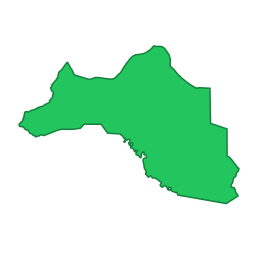 outline of Nueva Arcadia, Copán, Honduras, rotated 267°
{"feature_id": "27666195B2783617949739", "entity_name": "Nueva Arcadia", "entity_type": "district", "adm_level": 2, "iso_a3": "HND", "parent_name": "Honduras", "parent_adm1": "Copán", "projection": "mercator", "projection_center": [-88.713, 15.107], "detail": "fine", "context": "isolated", "style": "filled", "palette": "green", "viewbox_px": 256, "rotation_deg": 267, "n_neighbors": 0, "source": "geoboundaries", "source_scale": "gbopen_adm2", "svg_char_len": 5752}
<svg xmlns="http://www.w3.org/2000/svg" viewBox="0 0 256 256"><g transform="rotate(267 128 128)"><path d="M124.8,43.5L129.7,58.4L130.3,62.5L129.7,69.2L129.7,74.1L130.2,80.3L134.1,84.5L133.1,101.5L123.9,107.3L122.4,120.1L122.0,120.2L121.7,120.4L121.1,121.3L120.0,122.4L119.6,122.7L118.9,122.9L117.9,123.5L117.6,124.0L117.8,124.4L117.8,124.5L117.6,124.7L117.4,124.9L117.2,124.9L116.8,124.9L116.0,124.5L115.8,124.3L115.1,123.5L114.8,123.3L114.3,123.2L114.1,123.3L114.0,123.5L113.9,123.8L114.2,124.2L114.4,124.4L115.0,124.7L115.5,125.0L116.2,126.7L116.5,127.6L116.6,128.0L116.5,128.7L116.3,129.2L116.1,129.3L115.8,129.3L114.6,128.9L114.0,128.9L113.9,128.8L113.2,128.0L113.0,127.8L112.7,127.8L112.3,128.0L111.0,128.5L110.8,128.7L110.6,129.1L110.6,129.5L110.7,129.8L110.8,129.9L112.5,129.9L112.8,130.1L113.0,130.3L113.0,130.9L112.8,131.5L112.4,131.7L111.8,131.8L110.8,131.8L110.5,131.7L110.3,131.6L110.0,131.1L109.4,129.9L109.1,129.5L108.6,129.5L108.0,129.7L107.9,129.9L107.6,131.4L107.4,131.6L107.3,131.9L106.7,132.2L105.6,132.8L104.8,133.1L104.2,133.2L104.0,133.4L104.1,133.7L104.4,134.0L105.1,134.3L105.5,134.5L105.3,135.5L105.2,135.9L105.0,136.1L104.7,136.3L104.4,136.2L103.4,135.2L102.8,134.8L101.9,134.6L101.2,134.7L101.0,134.8L100.8,135.0L100.6,135.4L100.4,136.3L100.0,136.9L99.1,137.7L98.3,138.2L97.9,138.5L97.7,138.8L97.7,139.1L97.8,139.4L98.1,139.6L98.6,139.8L100.9,139.9L102.7,141.2L103.0,141.6L103.2,142.0L103.1,142.5L102.8,142.8L102.7,142.9L101.6,142.7L100.7,142.5L100.5,142.8L100.1,143.3L100.0,144.2L99.7,144.5L99.0,144.9L98.2,145.0L97.7,144.9L97.4,144.6L96.9,142.8L96.6,142.0L96.1,141.6L95.6,141.4L94.5,141.4L92.9,141.5L89.9,142.0L87.3,142.2L86.3,142.5L85.8,142.8L85.1,143.3L84.5,143.6L84.2,143.7L83.2,143.7L82.3,143.6L81.9,143.6L81.8,143.3L81.5,143.1L81.3,143.1L81.0,143.2L80.7,143.4L79.1,144.8L78.2,145.4L77.8,145.7L77.8,145.9L77.9,146.2L79.2,147.8L79.2,148.0L79.2,148.3L77.1,149.5L76.9,149.7L76.7,150.2L77.0,150.8L76.9,151.5L76.7,151.9L76.1,152.9L75.8,153.9L73.3,156.6L72.5,158.0L72.0,158.4L71.7,158.4L71.1,158.2L70.4,157.7L69.7,157.3L69.4,157.2L69.2,157.1L68.8,157.3L67.2,158.5L67.1,159.0L67.2,159.6L67.5,159.9L67.8,160.1L68.1,160.3L68.4,161.0L68.5,161.7L68.2,162.3L67.7,163.0L67.1,163.5L66.4,163.9L65.8,164.2L65.1,164.3L64.7,164.4L64.0,164.9L63.7,165.2L63.7,165.4L63.7,165.6L63.8,165.8L64.3,165.9L64.5,165.9L65.3,165.3L65.6,165.2L66.1,165.2L66.5,165.4L66.7,165.7L66.7,166.2L66.5,166.7L66.1,167.5L66.0,168.2L65.8,168.3L65.5,168.3L65.3,168.1L64.8,167.6L64.2,167.3L63.8,167.3L63.4,167.6L62.9,168.1L62.5,168.8L61.9,170.3L61.1,172.2L61.0,173.5L58.4,174.3L47.4,222.2L54.3,234.3L55.1,234.1L55.6,233.9L56.4,233.4L57.2,232.8L57.9,232.4L59.2,232.0L60.6,231.8L61.3,231.6L62.6,230.9L62.9,230.6L63.0,230.3L63.6,228.1L63.8,227.7L65.8,228.1L66.7,228.7L67.7,229.4L68.4,229.8L70.8,230.2L72.0,230.6L72.4,230.8L72.7,231.2L73.6,232.5L74.2,233.1L75.0,233.4L77.5,234.1L77.9,234.4L78.9,235.7L79.3,236.0L80.6,236.5L81.9,236.6L82.0,236.6L82.3,235.7L82.5,235.4L82.8,235.2L83.3,234.9L84.1,234.6L85.1,234.0L88.2,231.6L89.3,231.0L90.3,230.3L92.6,228.5L93.5,227.6L94.0,227.0L94.3,226.3L94.6,225.5L121.9,226.8L128.3,210.7L163.4,211.9L164.0,206.3L164.4,202.1L164.5,200.8L164.4,199.8L164.3,199.6L164.1,199.1L164.0,198.9L164.2,198.4L164.8,197.3L166.0,195.4L167.5,193.1L168.5,191.9L170.9,188.9L175.2,184.1L175.7,183.6L176.6,183.0L177.3,182.4L177.8,181.9L178.2,181.2L178.5,180.9L183.6,177.2L184.7,176.2L187.0,173.9L187.4,173.7L187.9,173.5L188.6,173.4L193.7,173.9L198.5,173.0L199.9,172.3L203.1,170.3L205.3,168.9L206.0,168.2L206.5,167.6L207.0,166.8L207.4,166.1L207.7,165.1L207.8,164.4L208.0,160.4L208.6,158.5L208.6,158.1L208.0,157.3L206.4,155.9L205.0,154.3L204.4,153.4L203.7,151.9L202.7,150.5L202.2,149.6L201.7,147.9L201.2,146.0L200.7,139.6L200.3,138.3L199.7,137.0L198.7,135.6L197.2,133.8L196.7,133.3L195.3,132.3L194.2,131.3L193.2,130.3L188.2,126.5L184.9,124.4L183.4,123.2L183.1,122.9L182.5,121.8L181.7,120.8L179.9,119.1L178.9,117.8L178.5,117.2L178.2,116.5L178.0,115.9L177.8,115.0L177.7,113.1L177.9,111.6L179.6,102.7L180.0,100.2L180.1,98.9L180.1,98.0L179.9,97.0L179.3,95.2L178.7,93.4L178.6,92.8L178.6,92.1L178.9,91.0L179.3,89.6L180.5,86.4L182.2,81.5L183.4,78.3L183.6,77.8L183.9,77.4L184.4,77.0L185.1,76.6L186.0,76.2L187.7,75.7L188.7,75.2L189.5,74.8L190.4,74.2L191.7,73.5L196.0,71.5L196.4,71.3L196.6,71.0L196.7,70.7L196.1,70.0L192.6,67.1L191.6,66.4L190.4,65.5L189.5,64.6L187.4,61.9L184.9,61.1L183.2,60.7L182.0,60.2L179.6,58.5L175.2,54.2L174.3,54.3L173.4,54.1L173.1,53.9L172.5,52.9L170.9,53.1L169.7,53.4L169.0,53.8L168.3,54.3L167.9,54.9L167.6,55.3L167.1,55.5L166.7,55.5L166.2,55.3L165.7,54.8L165.2,54.5L164.9,54.4L164.3,54.5L163.5,54.5L162.8,54.4L162.3,53.9L161.8,53.3L161.0,52.6L160.7,52.2L159.8,51.8L159.6,51.1L158.9,51.2L158.1,51.0L157.9,50.9L157.6,50.6L157.1,49.6L156.4,47.9L156.0,46.7L154.1,43.7L154.0,43.1L153.9,42.3L153.9,41.6L153.1,40.8L153.3,39.7L153.3,39.3L152.9,38.6L152.4,38.4L152.3,38.2L152.2,38.0L152.2,37.6L152.0,36.9L151.7,36.3L151.2,35.6L150.9,32.7L150.4,31.9L149.9,30.9L149.5,30.1L149.3,29.4L149.3,28.8L149.5,28.3L149.7,27.9L149.7,27.7L149.5,27.2L149.5,26.5L149.4,26.1L149.2,26.0L146.7,25.0L145.8,24.9L145.1,25.0L144.0,24.2L143.4,24.3L142.8,24.3L142.7,24.2L142.7,23.9L141.9,23.4L141.3,23.1L140.6,23.1L140.4,23.1L140.2,22.9L139.3,21.1L139.1,21.0L138.7,20.8L138.5,20.6L138.2,20.2L138.1,19.8L136.5,19.4L136.2,19.4L135.9,19.5L135.5,19.8L135.3,20.0L135.1,20.4L135.0,20.9L135.0,22.2L134.8,22.7L134.0,23.9L132.2,25.2L131.9,25.5L131.3,26.5L130.7,28.3L130.3,28.6L129.8,28.9L129.5,29.0L128.7,29.2L128.3,29.4L128.0,29.6L127.7,30.1L126.9,31.9L125.6,32.9L125.1,34.3L124.6,34.9L124.1,35.2L123.9,35.5L124.1,36.0L124.7,37.1L124.6,38.3L124.6,38.5L124.8,38.9L125.5,40.1L125.7,40.8L125.7,41.5L125.2,42.7L124.8,43.5Z" fill="#22c55e" stroke="#15803d" stroke-width="1.5"/></g></svg>